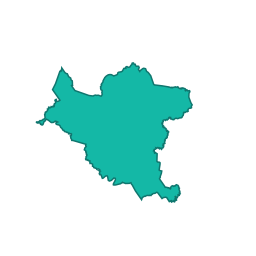 Colimes, Guayas, Ecuador (Albers equal-area conic projection), rotated 55°
{"feature_id": "8360857B84939424323345", "entity_name": "Colimes", "entity_type": "district", "adm_level": 2, "iso_a3": "ECU", "parent_name": "Ecuador", "parent_adm1": "Guayas", "projection": "albers", "projection_center": [-80.099, -1.522], "detail": "fine", "context": "isolated", "style": "filled", "palette": "teal", "viewbox_px": 256, "rotation_deg": 55, "n_neighbors": 0, "source": "geoboundaries", "source_scale": "gbopen_adm2", "svg_char_len": 5857}
<svg xmlns="http://www.w3.org/2000/svg" viewBox="0 0 256 256"><g transform="rotate(55 128 128)"><path d="M106.9,81.9L98.2,79.4L94.1,79.6L92.3,80.3L89.5,79.6L88.1,80.8L87.8,81.9L88.0,85.2L88.4,85.9L86.1,85.9L85.5,85.3L85.1,84.3L83.6,83.9L83.0,84.4L82.4,85.6L81.3,86.0L80.0,85.5L79.5,86.4L77.9,86.2L77.3,87.1L77.3,87.6L78.2,88.2L78.3,89.6L79.1,91.6L78.3,93.2L77.1,93.6L76.8,94.3L77.0,95.3L77.9,95.6L76.8,97.3L78.2,100.0L78.1,101.2L76.9,103.8L76.9,104.5L78.0,105.9L78.0,106.7L77.2,109.8L74.8,111.0L73.8,112.2L73.1,113.7L73.0,116.1L73.4,118.1L75.0,121.3L75.9,122.1L76.9,124.9L77.5,124.9L78.0,125.4L78.5,126.9L79.0,126.9L79.6,127.6L81.2,128.2L82.2,127.7L82.8,127.8L84.1,129.2L85.5,129.6L86.5,131.3L86.5,131.8L84.1,133.5L83.2,135.1L82.5,135.6L81.9,137.0L81.9,137.9L81.3,138.8L78.9,141.4L66.9,150.0L61.0,150.0L61.2,149.2L60.8,149.3L60.6,148.6L58.3,147.1L57.2,146.6L56.5,147.0L55.6,146.9L54.2,146.3L51.9,147.2L48.8,146.6L48.0,147.3L46.5,147.9L40.8,147.8L42.4,149.2L42.3,149.5L42.7,149.7L42.4,149.9L42.5,150.5L42.9,150.7L42.5,151.3L50.1,161.9L53.3,167.8L66.2,167.8L66.2,169.4L65.5,170.9L65.2,171.2L64.5,171.2L63.5,170.3L63.1,171.2L63.6,172.1L65.3,172.3L66.0,173.2L65.9,174.4L66.7,174.9L66.7,175.4L67.4,175.5L67.6,175.7L67.4,176.1L68.0,176.4L67.7,177.2L67.1,177.2L67.1,178.3L66.7,178.5L67.0,178.7L66.9,179.0L66.6,179.1L66.9,179.9L66.4,180.7L66.1,180.6L65.8,181.1L65.7,180.8L65.5,181.0L66.0,181.3L66.6,182.3L66.4,183.1L67.0,183.0L67.3,183.6L68.0,185.5L67.7,185.8L67.7,186.6L68.0,186.7L68.2,187.4L69.0,187.8L69.1,188.5L72.1,190.0L72.6,191.4L72.2,192.7L72.5,193.2L72.3,194.2L71.9,195.5L71.5,195.8L71.7,197.9L70.6,199.4L71.0,199.8L72.0,199.3L73.1,197.5L74.3,197.0L74.8,197.5L76.3,196.7L76.4,195.7L74.6,193.0L74.7,191.5L74.1,190.7L74.0,189.7L76.4,188.6L79.0,187.9L79.8,187.4L80.7,185.7L80.6,183.7L81.6,182.8L82.7,182.2L82.4,183.8L82.7,184.3L83.6,184.6L84.6,184.1L85.5,183.1L86.9,182.4L88.9,182.8L90.2,182.4L92.7,182.5L93.3,181.8L94.5,182.0L96.0,180.7L96.6,180.6L97.0,179.9L98.2,179.7L98.7,180.0L99.2,179.3L98.9,178.9L99.7,178.6L100.0,177.9L100.4,178.0L100.6,177.8L101.5,178.6L101.4,179.8L102.4,179.9L103.3,180.6L105.1,180.8L105.9,181.2L106.6,180.3L117.2,171.8L118.1,172.8L119.2,172.9L119.5,174.6L120.8,176.3L122.4,175.7L123.3,176.3L123.8,176.4L124.0,176.1L124.9,176.8L125.7,176.9L125.9,177.2L126.3,177.0L126.8,177.6L127.1,177.6L127.4,178.8L128.8,179.8L129.0,180.5L129.8,180.7L130.3,180.0L131.0,179.9L131.0,179.2L132.2,179.1L133.0,178.1L134.8,179.3L135.2,179.1L135.4,179.3L136.0,178.4L137.4,177.8L139.0,179.0L139.8,178.4L140.9,178.7L143.0,177.1L143.9,177.3L144.5,175.7L145.9,175.1L146.5,175.8L146.8,175.7L146.5,176.2L147.4,175.8L149.0,177.8L149.5,177.8L149.7,177.5L150.1,177.8L150.5,177.3L151.1,177.0L154.5,177.9L154.8,177.1L154.5,174.2L155.0,172.6L156.2,172.6L159.7,174.2L160.9,173.5L161.4,171.5L160.9,168.3L161.7,167.4L162.5,167.5L163.4,168.3L165.3,171.9L166.1,172.6L166.5,172.4L167.6,170.7L169.4,166.0L169.3,163.7L170.0,163.6L170.2,163.0L172.0,161.9L174.1,158.7L174.5,157.0L176.1,157.4L176.9,157.2L183.8,158.0L194.5,158.0L193.2,156.2L193.3,153.7L193.8,153.2L194.0,151.6L194.6,150.3L195.5,149.5L195.5,148.9L196.5,147.9L196.1,147.0L196.3,146.2L196.0,145.9L196.3,144.6L197.0,143.3L197.1,141.4L197.7,140.9L198.7,140.8L205.3,140.6L205.3,138.9L206.3,136.8L207.2,136.2L212.0,136.4L212.2,134.2L212.7,134.0L212.7,134.7L213.0,134.9L213.7,134.8L213.7,133.3L215.2,132.2L214.9,131.7L213.9,131.7L214.5,130.6L213.6,130.3L214.0,130.0L214.8,130.1L214.9,129.6L213.4,129.0L212.6,129.4L212.0,128.8L210.7,128.7L213.3,127.6L212.2,125.7L211.3,125.2L211.4,124.9L212.3,125.0L212.6,124.6L211.9,123.8L211.8,123.0L211.1,123.1L210.6,122.5L210.3,122.9L209.6,121.9L207.2,121.3L206.8,120.4L205.8,120.6L204.8,120.0L203.6,120.0L202.2,120.9L202.2,122.1L202.5,122.4L202.0,123.3L202.2,123.7L202.0,124.1L201.0,124.4L200.6,125.8L201.2,127.3L201.9,127.6L202.2,128.1L201.2,128.8L200.3,128.8L199.8,129.8L198.9,130.1L197.9,131.6L197.5,131.4L187.8,131.4L187.4,131.1L186.9,129.8L186.2,129.4L184.3,126.7L182.6,125.0L181.0,126.4L180.3,126.6L176.1,122.6L174.9,121.7L174.2,121.8L172.8,123.3L171.8,123.4L165.8,118.9L164.2,119.6L163.8,120.6L163.3,120.4L163.3,119.9L162.9,120.1L161.8,119.6L161.4,120.1L160.6,118.7L161.1,117.7L161.0,116.7L160.3,116.5L161.1,116.0L160.9,115.1L161.8,114.7L161.8,114.1L162.4,114.2L162.5,113.7L162.9,113.9L162.8,113.4L163.3,113.4L163.4,112.9L164.7,112.7L164.3,112.0L163.9,111.8L164.3,110.8L163.7,110.1L163.9,109.8L163.6,109.4L163.1,108.9L162.2,109.3L162.0,108.7L161.3,108.5L161.3,108.1L161.7,108.2L161.8,106.8L161.2,106.9L160.5,105.7L159.7,105.6L159.5,104.7L158.8,104.6L158.1,102.5L158.4,102.3L158.2,102.1L158.3,101.4L157.2,100.8L157.3,100.5L156.6,99.8L156.6,99.2L155.3,98.9L155.2,98.0L154.7,97.7L154.7,97.1L154.4,96.9L153.0,98.2L152.0,97.9L152.2,97.4L151.3,97.8L150.3,97.2L149.4,97.7L148.5,97.6L148.3,98.4L147.1,98.5L146.9,98.8L146.2,98.2L146.4,97.8L145.2,98.0L143.9,97.6L144.2,97.1L143.6,96.6L143.1,96.6L143.0,95.4L142.1,95.2L141.9,94.7L142.2,93.6L142.7,93.1L143.2,93.0L143.0,92.5L143.3,92.3L143.2,91.4L143.9,91.2L143.7,89.7L143.0,88.8L142.9,88.0L143.8,87.1L144.4,88.0L145.0,87.9L145.3,87.3L146.4,86.9L147.5,85.7L147.2,84.8L147.5,83.1L148.9,81.9L149.4,79.6L150.1,78.9L150.3,77.8L149.5,76.4L149.3,75.5L148.0,74.1L147.5,74.0L147.2,73.2L147.4,72.8L148.0,72.5L148.1,70.5L148.7,70.0L148.7,69.0L147.5,68.7L146.9,67.1L147.0,66.4L147.8,65.1L147.8,64.3L146.4,63.6L145.9,62.2L143.3,62.0L137.6,60.5L134.5,58.1L134.0,56.9L133.3,56.2L132.6,56.3L132.0,57.7L130.9,57.7L130.4,58.2L130.7,59.2L130.5,59.6L130.1,59.6L129.5,58.6L128.9,58.9L128.5,58.7L127.1,59.9L126.7,60.0L126.6,60.9L126.2,60.8L125.7,61.7L125.6,62.3L126.0,62.4L125.5,62.9L123.9,63.7L123.4,63.4L122.9,64.0L122.6,64.0L122.6,64.5L121.6,65.9L121.4,65.8L120.8,67.5L120.4,67.9L120.6,68.4L120.2,68.9L119.7,69.0L119.7,69.7L118.4,70.4L118.2,71.0L117.6,71.2L113.3,75.6L107.8,81.7L106.9,81.9Z" fill="#14b8a6" stroke="#0f766e" stroke-width="1.5"/></g></svg>